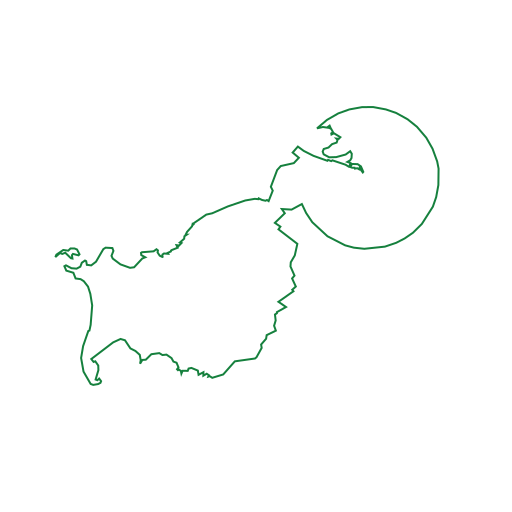 the district of Sligo-Strandhill Lea-6, Sligo, Ireland, rotated 334°
{"feature_id": "5873133B64230948512776", "entity_name": "Sligo-Strandhill Lea-6", "entity_type": "district", "adm_level": 2, "iso_a3": "IRL", "parent_name": "Ireland", "parent_adm1": "Sligo", "projection": "orthographic", "projection_center": [-8.544, 54.265], "detail": "fine", "context": "isolated", "style": "outline", "palette": "green", "viewbox_px": 512, "rotation_deg": 334, "n_neighbors": 0, "source": "geoboundaries", "source_scale": "gbopen_adm2", "svg_char_len": 3355}
<svg xmlns="http://www.w3.org/2000/svg" viewBox="0 0 512 512"><g transform="rotate(334 256 256)"><path d="M366.8,168.0L372.7,169.4L378.0,173.0L377.1,171.5L379.3,171.1L379.2,173.7L378.1,173.1L379.3,174.8L379.5,178.5L377.4,178.8L377.1,179.9L379.9,179.9L383.9,186.2L381.7,187.0L379.7,185.7L380.2,187.4L378.2,189.4L373.4,188.8L368.7,190.3L363.8,189.5L361.7,191.4L361.4,194.3L365.1,199.4L371.5,202.3L381.1,204.1L386.6,203.1L386.9,206.1L384.8,209.8L382.6,211.3L379.4,211.5L381.7,213.9L379.0,216.6L379.7,217.3L382.7,215.4L387.6,218.0L389.6,221.5L389.3,227.4L388.6,227.7L387.6,222.3L386.7,223.3L385.5,221.5L383.2,220.8L383.3,219.9L381.1,218.8L379.6,217.2L378.6,216.5L376.5,213.2L366.6,203.5L365.2,203.7L362.9,201.2L361.9,201.7L351.6,191.2L345.0,182.5L341.6,176.0L334.3,179.1L337.6,186.5L330.7,189.1L317.7,186.0L312.7,188.0L299.7,200.3L299.7,204.6L291.4,212.2L290.4,210.5L288.8,210.5L286.0,208.3L283.7,205.4L283.1,206.0L280.0,204.1L270.7,201.4L252.5,199.1L235.3,198.4L229.5,197.0L214.7,199.2L213.8,199.7L214.0,200.9L213.1,199.4L211.5,201.3L204.6,204.1L202.0,206.1L202.9,206.5L200.3,206.9L199.0,209.0L193.5,210.5L194.7,211.7L189.9,213.4L190.5,212.2L189.3,211.4L189.2,214.2L182.5,213.7L181.7,214.4L182.1,213.6L181.4,214.6L177.9,214.5L178.0,215.5L174.4,213.4L172.6,213.7L171.5,215.3L172.5,215.7L171.4,215.8L169.6,213.5L169.1,209.6L170.3,208.0L169.5,206.3L166.0,206.9L155.1,202.6L154.0,202.8L153.3,204.9L155.9,208.6L152.7,208.4L141.5,212.7L137.6,211.4L130.5,204.1L126.1,195.5L126.2,192.5L130.1,188.9L130.4,185.9L124.5,182.6L121.8,182.9L109.7,191.0L103.8,192.2L100.1,189.8L101.1,186.2L100.3,185.1L96.5,185.7L93.4,188.6L89.2,188.7L84.8,186.1L81.1,181.1L79.3,181.2L79.1,186.0L84.5,191.0L84.0,197.1L88.2,199.9L90.2,203.2L91.6,209.9L90.5,217.4L87.1,228.6L77.2,245.4L73.6,250.0L72.4,249.9L61.1,261.2L54.1,271.0L50.3,284.3L51.3,298.5L53.2,300.5L58.0,301.9L60.6,301.8L61.9,300.6L61.3,297.4L59.0,298.1L57.7,296.7L64.3,289.5L66.2,285.3L65.4,280.2L63.6,280.0L62.8,276.4L89.8,271.0L97.9,271.2L101.3,274.3L102.6,284.0L106.0,288.5L108.2,293.9L106.7,299.1L104.6,302.0L108.3,299.6L111.5,300.9L118.9,298.4L126.5,300.9L128.5,304.0L132.3,305.4L135.3,310.7L135.5,314.7L137.8,317.1L137.5,322.1L135.4,323.2L135.8,324.4L137.8,324.1L137.0,324.5L138.1,326.3L137.4,329.0L139.7,327.0L144.3,329.3L146.1,327.6L148.9,328.3L153.5,333.5L152.3,337.6L157.8,337.4L156.2,340.5L160.1,340.2L161.4,342.5L160.3,343.5L161.7,343.7L163.3,346.3L174.6,348.1L190.8,341.4L210.2,347.7L212.1,347.2L220.8,341.1L221.8,337.8L228.8,334.8L230.9,331.8L241.1,331.8L241.7,326.6L245.4,322.6L247.4,316.9L249.7,316.6L250.2,315.6L260.6,315.0L256.1,307.0L274.2,304.1L273.8,302.2L278.4,300.9L278.6,292.0L282.0,290.5L282.4,280.5L284.5,276.9L291.1,272.5L298.5,263.2L287.9,241.9L290.8,240.3L287.5,234.5L300.6,230.2L299.8,225.1L308.3,229.9L320.0,229.4L319.9,239.3L321.4,250.3L328.9,269.6L340.8,285.5L347.6,291.4L356.5,297.0L376.0,304.1L387.8,305.6L397.3,305.4L407.3,303.9L419.1,299.9L436.6,289.2L443.8,282.0L451.0,272.2L458.4,257.5L460.3,250.4L461.7,236.9L460.9,224.3L457.3,210.4L452.2,199.6L444.7,188.9L437.0,181.2L426.6,173.5L416.6,168.7L404.2,165.2L392.5,163.9L379.4,164.8L366.8,168.0ZM96.2,169.7L92.6,167.9L89.6,168.9L85.4,166.1L77.2,167.3L75.2,169.0L81.1,167.4L82.8,169.2L86.0,169.5L88.7,176.9L89.9,177.8L90.9,174.6L92.4,173.9L96.8,177.6L98.1,177.1L98.0,171.7L96.2,169.7Z" fill="none" stroke="#15803d" stroke-width="2"/></g></svg>